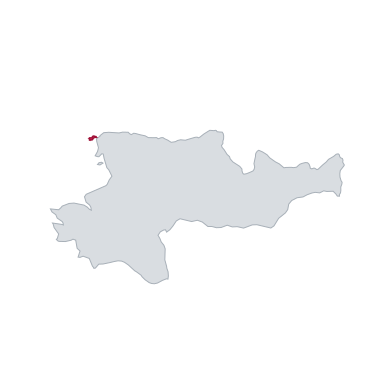 location of Sindo, North Korea, rotated 42°
{"feature_id": "82179303B2981535202544", "entity_name": "Sindo", "entity_type": "district", "adm_level": 2, "iso_a3": "PRK", "parent_name": "North Korea", "parent_adm1": "", "projection": "albers", "projection_center": [124.262, 39.858], "detail": "fine", "context": "in_parent", "style": "filled", "palette": "rose", "viewbox_px": 384, "rotation_deg": 42, "n_neighbors": 0, "source": "geoboundaries", "source_scale": "gbopen_adm2", "svg_char_len": 3837}
<svg xmlns="http://www.w3.org/2000/svg" viewBox="0 0 384 384"><g transform="rotate(42 192 192)"><path d="M232.4,272.8L231.1,273.6L229.1,277.6L227.3,282.7L225.4,285.4L223.2,287.0L220.8,288.0L215.9,288.6L211.5,288.4L210.0,287.9L203.9,288.5L202.2,288.9L193.5,288.8L188.9,289.4L186.0,290.4L183.1,292.6L180.7,295.7L178.5,299.0L174.1,305.0L171.0,308.0L171.1,312.2L171.0,313.5L169.9,314.4L169.5,314.0L167.6,313.7L160.1,310.1L154.0,312.6L152.5,315.6L150.9,316.6L148.3,310.8L144.3,310.7L137.8,305.6L135.1,306.7L134.4,308.8L131.0,313.6L126.2,317.7L124.6,318.2L122.8,317.9L123.1,316.9L121.0,312.4L113.3,310.7L110.5,308.8L109.1,308.4L116.6,303.4L118.5,302.5L117.0,301.4L115.4,300.8L109.3,301.6L106.0,300.0L101.3,300.5L98.1,299.3L104.8,294.4L105.1,291.5L105.0,289.3L108.3,282.8L111.7,279.2L120.5,274.0L124.4,273.3L127.2,273.5L129.4,272.9L127.0,271.0L124.6,270.2L120.1,270.4L115.3,267.5L114.9,264.5L123.8,244.9L123.9,243.1L122.4,238.4L121.9,233.8L115.3,231.2L112.5,230.9L104.1,225.8L100.7,223.2L99.4,223.9L99.2,228.1L98.0,229.0L95.8,229.9L94.7,225.1L92.9,221.7L87.4,218.2L85.4,216.3L86.3,212.1L85.9,211.7L86.7,207.0L90.1,203.4L98.3,196.9L100.4,193.9L104.6,190.3L106.5,190.4L108.4,190.1L109.0,188.5L109.4,187.3L111.1,186.2L115.1,184.2L119.6,181.6L123.2,180.8L127.6,176.9L129.4,175.2L131.2,175.1L131.7,174.3L132.7,172.3L134.1,171.0L136.1,170.7L139.3,169.7L143.3,169.0L146.0,165.7L146.8,163.4L148.6,160.8L152.4,158.0L154.9,153.8L157.7,149.3L159.1,147.8L160.5,147.5L161.2,145.8L162.0,141.0L163.3,136.4L164.0,134.2L167.3,131.7L168.1,130.5L168.8,130.1L170.4,130.4L172.4,128.9L174.4,127.3L176.2,127.8L178.0,129.1L180.0,131.5L180.9,133.6L182.5,135.2L182.8,137.7L184.4,138.7L187.6,139.1L192.9,140.6L196.2,140.6L198.2,141.8L202.3,142.3L210.3,141.0L213.7,141.5L215.1,142.9L217.2,144.1L218.6,144.1L220.3,141.9L222.0,138.4L223.2,135.7L223.0,133.6L221.8,131.4L219.1,129.5L217.2,126.3L215.4,123.1L214.4,122.0L213.5,120.4L213.2,118.0L213.7,116.3L217.7,115.0L222.8,114.1L226.9,114.6L233.8,113.8L238.0,112.7L241.2,112.6L244.1,112.5L245.3,111.0L249.2,107.3L251.1,106.0L253.1,103.6L253.3,101.1L253.6,99.1L254.7,97.0L256.6,94.2L258.4,92.9L260.4,93.0L262.6,94.1L264.0,95.2L265.5,94.7L266.6,92.6L267.4,92.2L269.8,91.8L270.5,90.6L271.0,84.5L271.7,79.7L271.6,76.4L273.4,70.8L273.9,67.4L275.1,65.8L276.6,65.8L277.8,66.7L279.4,67.2L281.4,66.5L282.9,67.3L284.0,69.0L287.1,70.0L287.4,70.9L287.8,76.8L289.6,79.5L292.0,81.9L295.3,83.9L297.0,84.3L298.1,85.9L299.2,88.7L301.6,91.3L302.9,93.2L303.3,95.3L304.4,96.4L302.7,97.8L300.3,97.2L296.4,97.0L291.8,101.4L289.1,103.0L287.5,107.2L283.8,109.8L281.8,112.5L279.4,117.0L277.8,121.4L273.9,126.0L271.8,131.6L272.0,136.3L274.9,141.0L275.4,145.0L274.0,153.6L275.6,162.4L274.7,166.0L262.1,172.9L258.8,176.1L254.5,184.3L248.8,187.5L245.3,191.0L240.4,193.1L237.4,198.9L234.0,202.2L229.9,204.3L226.9,207.0L219.8,207.4L214.9,209.4L211.5,214.2L201.0,219.9L199.7,224.0L200.6,230.2L200.8,234.9L200.0,238.8L197.6,237.8L196.4,239.2L195.1,242.8L195.7,246.9L199.4,248.1L202.5,249.7L206.8,250.4L210.1,252.2L217.2,260.6L222.8,264.2L224.3,265.5L227.6,267.3L230.6,270.2L232.4,272.8ZM105.5,233.5L103.4,234.8L103.3,232.4L104.9,230.4L106.5,230.1L105.5,233.5Z" fill="#d9dde1" stroke="#a8b0b8" stroke-width="1"/><path d="M81.9,221.0L82.2,220.9L82.4,220.6L82.6,220.2L82.8,220.1L83.0,219.8L82.9,219.0L82.5,218.6L82.6,218.4L82.5,218.2L82.9,217.7L82.9,217.4L82.9,217.0L82.8,216.5L82.8,216.3L83.1,215.9L83.1,215.7L82.9,215.6L82.6,215.6L81.6,216.1L81.3,216.4L81.0,217.0L81.1,218.0L81.2,218.3L81.7,218.6L79.7,220.2L79.6,220.5L79.8,221.0L80.1,221.0L80.3,221.1L80.2,221.2L80.3,221.2L81.1,222.0L81.3,221.9L81.1,221.7L81.4,221.5L81.6,221.2L81.8,221.2L81.9,221.0ZM83.7,215.5L84.0,215.2L83.9,215.1L83.5,215.1L83.2,215.6L83.4,215.6L83.7,215.5ZM83.7,216.0L84.0,215.7L83.5,215.8L83.4,215.9L83.5,216.0L83.7,216.0Z" fill="#f43f5e" stroke="#9f1239" stroke-width="1.5"/></g></svg>